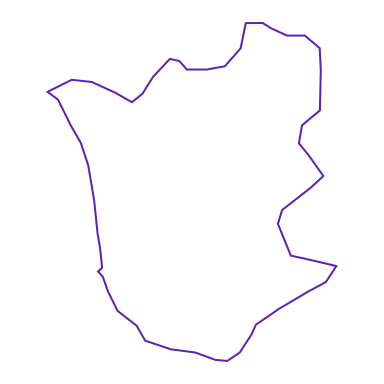 the district of Vännäs, Västerbotten, Sweden
{"feature_id": "70781695B10556345050301", "entity_name": "Vännäs", "entity_type": "district", "adm_level": 2, "iso_a3": "SWE", "parent_name": "Sweden", "parent_adm1": "Västerbotten", "projection": "albers", "projection_center": [19.683, 63.961], "detail": "fine", "context": "isolated", "style": "outline", "palette": "violet", "viewbox_px": 384, "rotation_deg": 0, "n_neighbors": 0, "source": "geoboundaries", "source_scale": "gbopen_adm2", "svg_char_len": 811}
<svg xmlns="http://www.w3.org/2000/svg" viewBox="0 0 384 384"><path d="M98.1,271.5L102.8,276.8L108.1,291.7L117.6,310.9L136.7,325.8L145.2,340.7L170.8,349.3L195.2,352.5L215.5,359.9L224.8,360.7L227.2,361.0L239.9,352.4L251.6,334.3L255.9,324.7L279.2,308.7L307.9,291.7L325.9,282.0L336.4,266.1L309.9,259.8L290.8,255.6L277.9,223.8L282.1,210.0L310.7,187.7L323.3,176.0L308.4,154.9L298.9,143.3L302.0,125.3L319.9,110.4L320.8,70.3L319.7,48.2L304.9,35.6L287.0,35.6L271.1,28.3L262.7,23.0L246.3,23.1L245.8,23.1L240.6,48.4L224.8,66.3L206.9,69.5L186.8,69.5L179.4,61.1L169.9,58.9L153.0,76.9L142.5,93.7L131.9,102.2L115.0,92.6L91.8,82.0L71.8,79.8L48.5,91.3L47.6,92.1L48.6,92.7L58.0,99.6L70.7,125.3L80.8,142.9L88.2,165.3L94.2,200.6L97.5,233.1L100.1,248.1L102.1,267.8L98.1,271.5Z" fill="none" stroke="#5b21b6" stroke-width="2"/></svg>